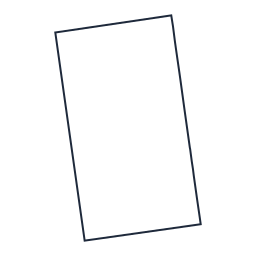 Sedgwick, Colorado, United States of America (Mercator projection), rotated 82°
{"feature_id": "52423323B40311504690306", "entity_name": "Sedgwick", "entity_type": "district", "adm_level": 2, "iso_a3": "USA", "parent_name": "United States of America", "parent_adm1": "Colorado", "projection": "mercator", "projection_center": [-102.342, 40.876], "detail": "fine", "context": "isolated", "style": "outline", "palette": "slate", "viewbox_px": 256, "rotation_deg": 82, "n_neighbors": 0, "source": "geoboundaries", "source_scale": "gbopen_adm2", "svg_char_len": 454}
<svg xmlns="http://www.w3.org/2000/svg" viewBox="0 0 256 256"><g transform="rotate(82 128 128)"><path d="M233.5,186.6L233.4,69.4L226.7,69.4L207.7,69.5L184.5,69.5L178.1,69.4L177.1,69.4L170.2,69.5L157.6,69.4L156.1,69.5L149.4,69.5L149.0,69.5L148.9,69.5L123.9,69.5L118.5,69.5L87.1,69.4L86.6,69.4L80.5,69.4L56.4,69.5L53.1,69.5L49.8,69.5L49.7,69.5L48.7,69.5L33.9,69.3L22.5,69.5L23.3,186.7L233.5,186.6Z" fill="none" stroke="#1e293b" stroke-width="2"/></g></svg>